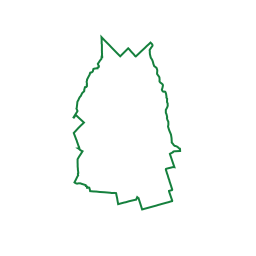 outline of Vanjulet, Mehedinti, Romania, rotated 225°
{"feature_id": "2599482B359218317379", "entity_name": "Vanjulet", "entity_type": "district", "adm_level": 2, "iso_a3": "ROU", "parent_name": "Romania", "parent_adm1": "Mehedinti", "projection": "equal_earth", "projection_center": [22.785, 44.428], "detail": "fine", "context": "isolated", "style": "outline", "palette": "green", "viewbox_px": 256, "rotation_deg": 225, "n_neighbors": 0, "source": "geoboundaries", "source_scale": "gbopen_adm2", "svg_char_len": 5671}
<svg xmlns="http://www.w3.org/2000/svg" viewBox="0 0 256 256"><g transform="rotate(225 128 128)"><path d="M172.5,204.3L172.5,202.5L172.7,199.2L172.7,198.7L172.7,197.7L172.7,197.0L172.7,196.6L172.9,191.4L173.0,186.8L173.1,184.1L173.7,183.9L174.4,184.0L176.5,184.2L177.8,184.2L180.3,184.3L182.2,184.5L183.6,184.5L184.2,184.5L184.2,179.3L184.2,177.7L184.2,175.5L184.2,174.2L184.2,173.2L184.8,173.2L188.6,173.2L197.0,173.3L199.9,173.4L201.6,173.4L203.5,173.4L205.2,173.4L206.8,173.4L211.0,173.5L208.5,171.3L207.5,170.2L207.2,170.0L206.6,169.3L205.4,168.5L202.5,165.6L201.8,164.9L201.6,164.6L201.3,164.4L200.7,163.8L200.4,163.6L199.9,163.0L199.0,162.3L198.5,161.7L198.0,161.3L197.8,161.0L197.3,160.7L197.0,160.5L196.5,160.0L197.0,159.7L196.2,158.7L195.7,158.1L195.5,155.8L195.2,154.6L194.7,152.0L194.1,151.7L192.3,151.2L192.0,150.5L191.8,150.3L192.0,149.4L192.2,149.2L192.1,148.9L191.8,148.6L192.2,148.2L192.5,147.8L193.5,146.6L194.0,145.7L194.2,145.4L193.8,144.6L193.1,143.5L192.9,143.0L192.9,142.7L193.0,141.8L193.3,141.1L193.5,140.6L193.8,140.5L193.8,140.4L193.5,139.6L192.9,138.8L192.3,136.7L191.6,134.5L191.2,133.3L190.6,132.6L190.0,131.5L188.1,130.1L187.7,129.6L187.7,129.4L187.3,129.2L187.2,128.9L186.7,128.7L186.6,128.4L186.5,127.9L186.5,127.6L186.7,127.1L187.0,126.8L187.2,126.7L187.3,126.6L187.3,126.4L186.3,124.7L185.8,123.8L185.3,123.5L185.1,123.2L185.0,122.7L185.0,122.0L185.1,121.3L185.1,120.6L184.9,119.7L184.0,117.2L184.0,116.1L183.9,115.6L183.5,114.2L182.9,112.8L182.5,111.3L182.2,110.6L181.7,110.0L181.1,109.3L179.3,107.0L178.5,106.0L178.2,105.3L176.2,104.5L175.9,104.4L175.6,104.1L175.4,103.2L174.7,100.0L174.0,97.0L173.6,97.1L173.7,97.9L173.9,98.8L173.9,99.4L174.1,99.8L174.2,100.3L170.0,100.4L163.0,100.7L163.0,100.0L163.0,98.8L163.1,96.8L163.1,94.5L163.1,92.1L163.0,91.3L163.0,90.8L163.0,90.0L162.9,89.2L162.9,87.5L162.8,86.4L162.8,86.1L157.9,83.9L157.2,83.6L156.9,83.4L156.6,83.3L156.2,83.2L155.1,82.7L154.8,82.5L154.4,82.3L154.1,82.1L153.3,81.8L152.6,81.4L152.1,81.2L151.7,81.0L150.1,80.2L149.7,80.1L149.3,80.0L149.1,79.8L148.4,79.5L148.1,79.3L148.8,78.4L148.4,78.5L147.5,78.6L147.2,78.7L146.7,78.7L146.2,78.6L145.7,78.8L145.4,78.8L144.0,79.3L143.7,79.4L143.5,78.5L143.0,76.4L142.4,73.4L141.6,70.4L141.5,70.2L141.4,70.1L140.7,69.4L138.8,67.5L138.2,67.0L137.0,65.8L136.3,65.1L134.7,63.8L134.0,63.1L132.8,62.2L131.3,61.0L131.3,60.8L131.3,60.5L130.7,59.9L130.3,59.5L130.1,59.4L129.8,59.3L129.4,57.7L128.6,55.4L127.9,53.3L127.4,51.7L126.6,51.8L125.7,52.1L125.4,52.2L125.1,52.4L124.9,52.5L124.7,52.7L124.4,53.0L124.0,53.7L122.7,55.1L122.4,55.2L121.3,55.8L121.1,55.8L120.9,55.9L120.8,56.0L117.5,57.7L117.4,57.7L117.2,57.6L116.9,57.3L116.8,57.2L116.7,57.1L115.8,57.6L115.7,57.6L115.4,57.6L115.2,57.5L115.1,57.2L114.8,56.8L114.7,56.7L114.5,56.8L114.4,56.9L114.0,57.7L113.8,58.1L113.5,58.3L113.2,58.4L112.6,58.1L111.7,57.6L110.5,56.9L110.1,56.6L107.8,58.5L105.4,60.7L102.6,62.9L99.0,66.1L94.7,69.7L93.8,70.3L92.4,71.7L91.9,72.3L90.4,73.5L89.7,73.1L89.3,72.8L88.9,72.5L87.2,71.4L86.4,70.9L86.0,70.6L85.6,70.4L85.1,70.0L84.9,69.8L83.7,69.0L83.3,68.7L82.4,68.1L81.1,67.2L80.3,68.6L78.0,72.6L77.1,73.9L76.3,75.4L75.5,76.9L72.0,82.5L71.6,83.0L72.6,85.6L72.4,85.6L72.0,85.7L71.3,85.4L70.9,85.8L66.0,83.3L63.7,82.1L62.5,81.5L61.8,81.1L60.4,80.4L59.8,81.4L59.6,81.9L59.0,82.9L58.2,84.3L54.2,91.3L53.1,93.2L52.2,95.0L51.6,96.0L51.1,96.9L50.5,98.0L49.0,100.6L48.1,102.2L47.2,103.7L46.8,104.4L46.0,106.0L45.3,107.2L45.1,107.5L45.3,107.8L45.5,108.0L46.0,108.2L53.2,111.7L54.3,112.3L54.5,112.5L54.3,112.8L54.0,113.5L53.3,114.6L53.0,115.1L53.0,115.4L53.1,115.6L53.3,115.8L55.7,117.0L56.0,117.2L61.0,119.7L62.1,120.4L63.5,121.0L65.0,121.8L65.9,122.3L66.2,122.5L66.8,122.8L67.5,123.1L68.1,123.4L68.6,123.6L69.6,124.2L71.4,125.1L72.0,125.5L72.2,125.9L72.1,126.2L71.7,126.9L70.9,128.3L69.3,130.9L68.8,131.8L68.2,132.5L67.8,132.9L67.5,133.1L73.2,135.9L79.9,139.2L80.1,139.3L80.1,139.5L79.9,140.1L79.7,140.6L79.3,141.9L79.1,142.4L79.1,142.6L79.1,142.8L79.3,143.1L79.3,143.3L79.1,143.7L78.9,144.1L78.3,144.8L75.4,148.0L74.9,148.6L76.0,149.6L76.7,150.1L76.9,150.0L77.4,149.7L78.1,149.7L78.9,149.7L79.8,149.6L80.7,149.3L81.6,148.9L81.9,148.6L82.4,148.4L83.0,148.3L83.8,148.3L84.7,148.5L85.5,148.6L86.0,148.6L86.5,148.6L86.9,148.7L87.4,149.3L88.8,150.5L90.0,151.6L91.1,152.4L92.9,153.7L94.3,154.3L97.0,155.4L98.4,156.1L99.9,156.9L100.5,157.2L100.8,157.4L101.0,157.7L101.7,158.8L102.6,159.7L104.0,161.0L105.6,161.5L106.0,161.7L107.6,162.6L107.9,163.3L109.1,164.1L110.8,165.1L111.0,165.1L111.7,165.4L112.0,165.5L112.5,166.0L113.6,167.1L113.9,167.4L114.1,167.6L114.2,168.0L114.4,168.8L114.9,170.3L115.2,171.0L115.7,171.9L116.4,172.5L117.3,173.4L118.5,173.8L118.9,174.1L119.7,174.9L120.7,176.0L121.1,176.4L121.9,176.5L122.2,176.6L122.5,176.8L122.7,177.1L123.1,177.5L123.4,177.7L125.0,178.9L126.1,179.5L126.8,179.8L127.1,179.9L127.4,179.9L127.8,179.7L128.0,179.5L128.3,179.0L128.9,178.6L129.2,178.5L129.6,178.5L130.2,178.7L131.0,178.9L131.3,179.2L131.3,179.3L131.5,179.7L131.9,180.5L132.7,181.8L133.5,182.9L133.8,183.1L134.3,183.3L135.3,183.3L137.2,183.0L138.3,183.1L138.9,183.4L139.7,184.4L141.1,185.6L141.6,186.0L142.2,186.2L145.2,186.7L145.4,186.7L145.7,186.9L146.1,187.2L146.7,187.9L147.3,188.6L148.0,189.4L148.6,189.8L149.3,190.2L150.1,190.5L150.5,190.7L150.8,190.6L152.0,190.5L153.0,190.3L153.3,190.3L155.6,191.4L156.5,192.0L157.8,192.7L159.0,193.2L159.6,193.4L161.6,193.8L163.9,195.2L164.6,195.6L165.3,196.2L165.8,196.6L166.3,197.2L167.0,197.8L167.6,198.2L167.8,198.4L167.9,198.8L168.1,199.3L168.2,200.3L168.4,200.8L168.5,201.2L168.6,202.3L168.8,203.4L169.0,203.7L169.8,204.2L170.4,204.3L171.6,204.3L172.1,204.3L172.5,204.3Z" fill="none" stroke="#15803d" stroke-width="2"/></g></svg>